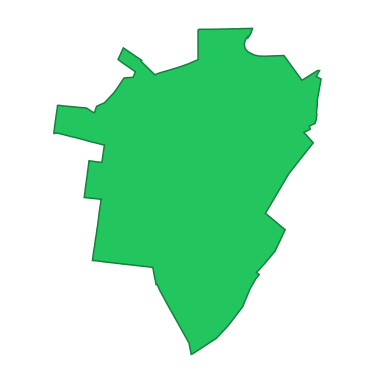 Oinacu, Giurgiu, Romania, rotated 357°
{"feature_id": "2599482B44052699219659", "entity_name": "Oinacu", "entity_type": "district", "adm_level": 2, "iso_a3": "ROU", "parent_name": "Romania", "parent_adm1": "Giurgiu", "projection": "equal_earth", "projection_center": [26.022, 43.945], "detail": "fine", "context": "isolated", "style": "filled", "palette": "green", "viewbox_px": 384, "rotation_deg": 357, "n_neighbors": 0, "source": "geoboundaries", "source_scale": "gbopen_adm2", "svg_char_len": 4040}
<svg xmlns="http://www.w3.org/2000/svg" viewBox="0 0 384 384"><g transform="rotate(357 192 192)"><path d="M261.0,31.8L256.0,31.6L255.8,31.6L254.8,31.6L252.0,31.5L249.8,31.4L247.3,31.4L245.9,31.4L243.3,31.3L241.6,31.2L238.7,31.1L237.0,31.1L234.3,31.0L232.5,30.9L229.9,30.8L228.3,30.8L226.1,30.7L224.3,30.6L222.6,30.6L221.1,30.5L219.8,30.5L218.3,30.4L217.3,30.4L216.2,30.3L215.4,30.3L214.7,30.3L213.9,30.2L213.1,30.2L212.5,30.1L212.0,30.1L211.4,30.1L210.8,30.0L209.9,30.0L209.3,30.0L208.7,29.9L208.3,29.9L208.0,29.9L207.8,29.9L207.6,30.0L207.2,30.1L206.9,30.2L206.7,30.3L206.7,30.2L206.5,30.6L205.3,53.3L205.0,60.1L195.1,63.8L191.1,65.0L187.2,66.2L180.5,67.9L174.0,69.5L167.8,70.9L164.3,71.8L162.6,72.4L161.0,73.0L148.0,58.9L148.4,58.4L148.7,57.9L143.7,54.2L131.0,44.5L125.1,55.8L129.1,59.2L136.9,65.2L141.7,68.9L140.0,72.7L139.4,73.9L139.2,74.3L138.9,74.4L136.7,74.4L133.7,74.4L132.1,74.5L130.2,74.5L129.9,74.9L129.3,75.6L128.6,76.5L128.0,77.4L127.6,77.9L126.7,79.1L125.7,80.4L124.4,82.2L123.3,83.6L122.3,84.9L121.2,86.3L120.0,87.8L119.4,88.5L119.1,88.8L118.7,89.3L117.4,90.5L116.4,91.5L114.4,93.4L113.5,94.2L112.6,95.1L112.4,95.3L112.2,95.4L111.2,96.5L110.4,97.2L109.6,98.0L109.3,98.3L108.6,98.6L106.9,99.2L104.8,100.0L103.0,100.7L101.9,101.1L101.5,101.3L101.2,101.6L101.0,101.9L100.8,102.4L100.2,103.9L99.8,104.9L99.1,106.9L98.9,107.4L98.8,107.6L98.7,107.6L98.1,107.4L97.3,107.1L96.0,106.3L95.2,105.7L94.3,105.0L93.6,104.5L92.5,103.7L91.9,103.2L91.5,103.0L91.3,102.9L91.1,102.6L90.7,102.5L89.8,102.4L89.1,102.3L88.7,102.3L86.8,102.0L85.6,101.8L84.8,101.8L83.4,101.6L81.4,101.2L79.9,101.0L79.1,100.9L77.7,100.6L76.6,100.5L75.6,100.4L74.1,100.1L73.2,100.0L72.3,99.9L71.6,99.8L70.0,99.6L68.8,99.4L67.5,99.2L66.8,99.1L66.0,98.9L64.5,98.6L63.6,98.5L62.5,98.5L62.2,98.5L62.2,98.8L61.9,100.8L60.6,107.1L58.1,120.2L57.3,125.0L57.2,125.9L57.2,126.4L57.6,126.4L58.1,126.3L59.3,126.1L60.0,126.1L60.6,126.1L67.1,128.1L73.7,130.2L77.7,131.3L80.6,132.2L88.2,134.7L90.2,135.4L93.5,136.4L93.6,136.5L94.1,136.7L94.9,136.9L97.6,137.7L99.8,138.4L102.8,139.3L105.5,140.2L107.1,140.6L106.8,141.7L106.4,143.6L106.1,144.7L105.7,146.6L105.5,147.9L104.9,150.9L103.5,157.7L96.9,156.6L94.2,156.0L93.0,155.8L92.8,155.8L90.8,155.4L90.6,156.6L90.5,157.0L90.3,158.0L90.1,159.3L89.7,161.6L89.4,163.2L88.9,165.8L88.6,166.9L88.5,168.1L88.1,170.4L87.6,172.6L87.2,174.8L87.0,176.1L86.7,177.4L86.2,179.9L85.8,182.1L85.6,183.0L85.4,184.8L84.9,187.6L84.6,189.0L84.1,191.9L87.1,192.3L90.0,192.8L95.3,193.6L101.2,194.6L100.8,195.1L100.7,195.2L100.5,196.1L100.5,196.3L100.4,196.9L100.3,197.6L99.8,200.0L99.6,201.0L99.2,202.9L98.8,205.0L98.4,206.6L98.3,207.2L97.5,212.2L96.7,216.4L95.9,220.8L94.9,225.4L94.0,230.6L93.8,231.7L93.6,231.7L92.5,237.5L92.0,240.5L91.6,242.7L91.5,242.9L91.4,242.8L90.7,246.0L90.3,248.1L89.8,251.0L89.0,255.2L89.3,255.3L89.9,255.4L89.9,255.2L93.6,255.8L95.2,256.1L97.1,256.5L104.9,257.9L108.1,258.4L111.9,259.1L116.0,259.7L118.1,260.2L119.1,260.4L119.2,260.2L123.6,261.0L138.0,263.4L144.1,264.4L148.9,265.2L149.4,269.1L150.0,273.7L150.5,277.5L150.7,277.9L151.3,282.7L152.4,282.5L153.2,284.7L154.1,287.1L154.1,287.3L160.9,301.7L162.6,305.1L181.1,342.7L182.7,354.1L184.2,353.6L208.8,339.3L221.3,327.2L236.5,309.4L245.1,291.4L247.8,287.3L251.2,282.0L254.8,277.9L252.2,275.7L256.0,272.1L260.0,268.1L271.7,255.7L283.1,234.5L282.9,234.4L282.7,234.3L279.0,230.8L264.2,217.1L271.5,206.2L278.8,195.2L289.6,178.9L302.6,164.0L315.7,149.2L306.8,138.3L308.8,137.5L313.4,135.5L312.7,132.2L315.6,131.1L318.5,130.0L319.0,127.9L319.8,126.8L320.8,120.4L320.4,119.2L320.5,118.4L320.7,117.7L321.6,112.1L321.8,109.3L322.0,106.6L324.1,97.8L326.8,85.9L322.2,83.2L325.7,77.4L323.7,77.3L307.6,86.2L303.1,79.2L290.9,60.5L271.6,60.2L265.9,59.7L261.2,58.4L257.8,56.4L256.5,55.7L256.0,55.6L255.1,54.8L254.4,54.0L253.6,53.0L253.1,52.3L252.7,51.3L252.4,50.2L252.2,49.0L252.1,47.8L252.1,46.8L252.3,46.2L252.5,45.2L252.9,44.0L253.3,43.0L253.7,42.0L254.0,41.7L254.6,41.0L255.2,40.4L256.0,39.8L256.0,40.9L258.9,37.2L261.0,31.8Z" fill="#22c55e" stroke="#15803d" stroke-width="1.5"/></g></svg>